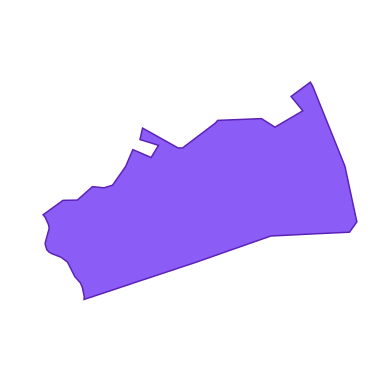 Kenton, Kentucky, United States of America, rotated 257°
{"feature_id": "52423323B50751707064389", "entity_name": "Kenton", "entity_type": "district", "adm_level": 2, "iso_a3": "USA", "parent_name": "United States of America", "parent_adm1": "Kentucky", "projection": "albers", "projection_center": [-84.527, 38.946], "detail": "fine", "context": "isolated", "style": "filled", "palette": "violet", "viewbox_px": 384, "rotation_deg": 257, "n_neighbors": 0, "source": "geoboundaries", "source_scale": "gbopen_adm2", "svg_char_len": 738}
<svg xmlns="http://www.w3.org/2000/svg" viewBox="0 0 384 384"><g transform="rotate(257 192 192)"><path d="M117.4,336.4L125.8,345.9L182.8,346.8L267.8,333.4L272.4,332.0L262.8,310.0L246.2,318.2L236.5,287.4L247.9,276.2L256.0,233.1L253.9,230.3L237.0,192.6L238.1,188.3L265.4,158.2L254.8,153.1L245.0,169.9L234.8,159.9L246.6,143.9L231.8,133.1L216.5,116.1L215.9,107.2L219.6,96.2L209.9,78.5L212.9,64.4L203.3,41.8L200.5,43.2L192.8,44.8L188.8,44.7L175.8,37.7L174.1,37.2L168.4,37.5L165.6,39.2L163.1,42.0L158.1,49.5L152.0,54.7L151.7,54.9L135.9,58.8L128.6,62.8L123.8,63.7L114.2,63.5L111.6,62.6L112.7,74.7L116.9,118.8L120.7,159.3L121.3,165.7L122.7,180.5L131.4,258.8L123.1,305.2L117.4,336.4Z" fill="#8b5cf6" stroke="#5b21b6" stroke-width="1.5"/></g></svg>